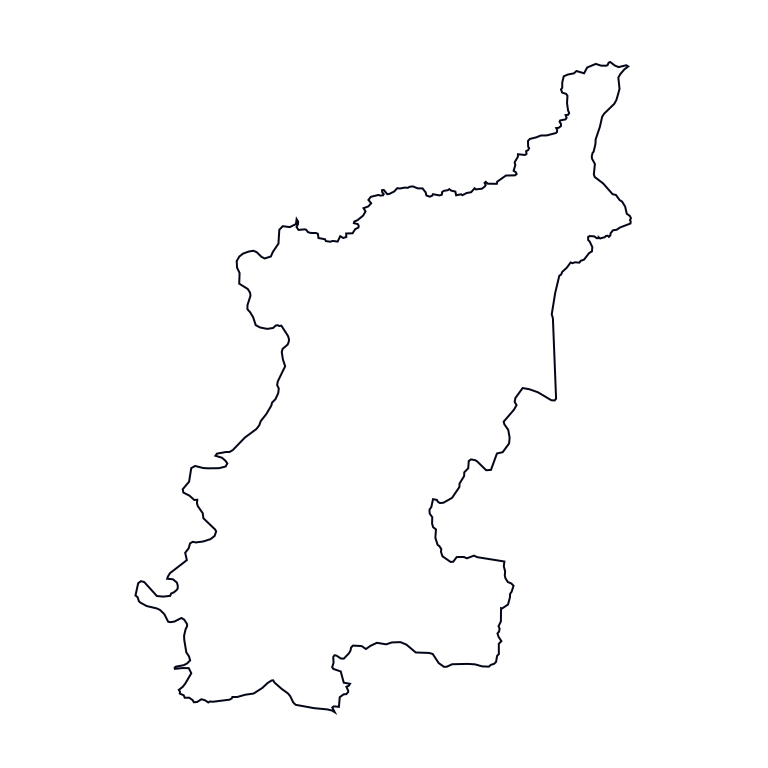 the district of Salemata, Kédougou, Senegal, rotated 272°
{"feature_id": "50182788B75788529380727", "entity_name": "Salemata", "entity_type": "district", "adm_level": 2, "iso_a3": "SEN", "parent_name": "Senegal", "parent_adm1": "Kédougou", "projection": "robinson", "projection_center": [-12.812, 12.604], "detail": "fine", "context": "isolated", "style": "outline", "palette": "ink", "viewbox_px": 768, "rotation_deg": 272, "n_neighbors": 0, "source": "geoboundaries", "source_scale": "gbopen_adm2", "svg_char_len": 6106}
<svg xmlns="http://www.w3.org/2000/svg" viewBox="0 0 768 768"><g transform="rotate(272 384 384)"><path d="M71.1,189.6L69.6,190.8L67.5,190.7L65.9,194.7L63.5,195.8L63.7,200.2L61.5,203.7L59.3,205.1L59.7,208.3L62.6,212.6L61.6,216.3L59.6,219.5L60.6,221.0L60.5,224.2L63.1,240.5L64.3,242.7L65.9,243.4L66.1,248.3L68.6,256.1L70.1,264.5L76.0,273.0L81.2,278.2L83.8,282.1L84.0,283.5L81.7,285.1L75.7,292.4L71.5,298.7L68.9,301.1L62.6,304.4L60.3,306.9L57.6,325.5L56.8,338.9L55.8,343.6L54.3,346.2L58.9,343.6L60.1,345.1L59.8,350.2L69.5,350.7L72.5,354.6L72.7,357.1L74.8,358.9L76.0,359.0L80.1,357.0L81.1,359.3L83.2,360.5L84.1,354.2L95.2,350.8L97.5,343.3L99.2,342.1L103.6,343.3L109.4,342.8L111.2,344.0L110.9,346.0L108.2,350.4L108.1,353.4L113.7,358.4L116.3,359.8L119.5,360.3L121.5,362.2L121.3,370.8L118.5,375.2L121.8,379.5L125.1,385.9L123.9,395.2L126.0,400.9L126.6,409.4L124.4,415.4L116.8,425.1L116.8,438.4L115.9,442.1L107.0,448.4L103.4,453.9L103.7,456.8L106.3,461.8L107.2,477.4L107.0,484.7L105.2,492.1L105.2,498.7L107.0,500.5L108.2,503.8L110.2,505.7L116.2,506.5L118.1,508.2L128.4,507.8L131.1,510.3L135.4,507.3L138.7,506.1L140.6,507.6L143.5,508.1L145.9,506.9L150.8,509.1L164.1,508.8L163.8,509.9L167.9,515.6L175.1,517.3L178.8,517.4L180.8,518.8L186.9,520.5L189.1,518.2L190.4,514.7L194.0,512.2L196.8,511.4L200.9,511.6L206.0,510.1L210.8,510.5L214.2,483.2L215.6,479.9L212.7,472.9L213.9,469.9L213.6,462.7L208.8,459.4L208.5,456.8L209.7,454.9L213.9,448.4L218.3,446.8L221.1,447.0L224.0,444.9L225.1,443.2L232.1,440.7L240.5,441.0L242.6,438.1L246.2,436.9L252.5,436.9L256.1,434.2L259.9,433.8L262.7,435.6L270.6,437.0L270.0,440.9L268.2,441.9L267.0,444.0L267.4,447.5L272.6,456.0L283.6,462.9L287.2,463.0L294.8,467.3L298.5,467.3L302.7,471.1L310.0,471.4L311.7,473.6L311.0,477.9L309.9,479.8L301.4,489.1L301.9,493.9L318.5,499.3L320.0,505.0L329.0,511.1L334.8,511.4L342.4,509.8L347.9,505.7L350.5,504.9L362.9,514.8L367.5,517.2L370.7,515.2L374.6,515.8L384.8,522.7L383.8,529.6L381.1,538.1L373.6,551.8L373.5,555.1L375.3,556.5L455.6,550.5L459.5,549.2L480.9,551.9L498.3,555.4L499.6,557.2L502.4,558.3L506.6,562.6L512.0,566.3L511.3,568.0L512.3,570.6L512.1,575.0L514.0,576.3L515.2,579.5L522.0,584.4L523.8,587.2L528.1,587.4L533.5,584.6L535.1,583.0L538.2,582.9L539.0,584.4L538.9,588.9L537.1,591.6L537.3,593.6L538.1,593.5L537.0,595.0L538.4,599.4L539.7,600.7L540.0,602.4L538.9,603.6L540.4,605.0L542.6,605.2L545.6,607.5L546.3,611.2L548.6,614.3L553.0,624.7L555.0,624.9L556.4,624.1L558.3,625.0L560.5,623.9L562.6,620.7L569.7,618.8L574.6,615.6L576.0,613.1L581.0,609.2L581.7,605.8L592.1,596.0L598.2,587.4L600.8,586.4L611.2,587.1L616.5,584.0L618.8,583.7L622.3,584.4L623.5,585.4L631.0,586.9L635.9,587.0L648.6,590.8L658.7,592.7L661.9,594.6L672.1,604.4L676.1,606.4L687.1,609.1L698.4,607.5L701.9,609.3L706.7,613.1L709.9,617.0L711.0,615.0L708.9,607.4L710.3,603.6L713.7,598.8L713.0,597.3L710.5,596.3L709.9,595.1L709.7,590.0L711.3,584.5L707.4,576.0L701.5,573.1L703.5,565.4L701.1,563.0L699.7,557.0L697.8,552.9L691.6,551.6L686.2,551.8L684.6,550.6L681.4,551.9L680.3,555.9L678.4,557.3L671.2,557.1L663.8,558.4L661.3,559.6L659.5,558.7L659.1,556.1L656.5,557.2L654.8,556.2L653.5,550.8L652.3,550.3L650.0,551.8L647.9,551.8L646.1,549.6L645.8,547.2L643.9,548.2L641.7,548.0L640.8,547.0L638.1,537.9L637.8,532.0L635.9,527.8L634.0,521.2L631.9,519.4L626.1,519.8L624.8,520.8L622.9,520.0L621.6,517.9L619.0,518.4L617.8,516.9L618.3,509.9L615.6,509.8L610.1,506.8L607.5,507.6L601.6,506.1L600.2,508.4L598.4,509.2L597.1,507.6L596.6,498.6L590.2,490.1L588.0,489.8L587.8,480.8L589.6,478.6L588.5,477.5L586.4,478.7L585.1,478.0L582.6,475.1L581.7,469.0L582.8,467.7L578.7,464.4L577.8,460.0L575.4,455.7L576.3,454.5L575.1,449.5L578.8,448.6L579.6,444.4L581.0,442.5L579.9,440.9L579.1,437.0L577.8,435.4L575.2,435.2L574.4,432.9L575.4,426.3L573.9,425.6L572.8,423.2L573.9,419.8L577.0,418.9L580.8,415.7L580.7,410.9L582.5,405.8L581.9,402.5L580.9,401.1L581.0,397.9L579.9,393.0L580.2,390.5L576.7,387.4L574.2,382.8L573.8,380.7L577.9,377.0L577.7,375.3L575.6,375.5L573.7,377.1L572.5,376.4L572.2,373.8L572.7,371.7L570.6,364.3L567.4,362.0L564.2,364.9L560.9,362.1L559.0,357.4L555.8,359.5L551.6,357.3L546.8,351.8L545.4,348.7L543.7,348.3L542.9,352.2L541.2,353.2L539.5,353.0L537.7,349.8L533.5,347.3L533.1,340.9L529.6,341.2L528.5,338.1L530.2,335.1L524.7,332.7L525.2,327.7L524.3,325.4L524.8,320.9L526.6,320.0L527.6,313.4L531.8,312.7L532.5,310.8L532.4,305.2L533.2,302.6L535.4,300.9L535.8,299.4L535.0,293.2L537.9,291.1L540.8,292.5L543.3,292.5L545.7,290.9L540.7,290.4L537.5,284.3L538.2,277.3L534.5,274.0L520.6,273.6L512.1,268.3L507.5,266.5L505.3,260.4L506.8,257.1L511.3,252.2L512.6,248.8L511.7,244.3L509.4,238.6L506.4,235.0L501.7,232.5L495.1,233.1L489.9,235.8L479.2,235.8L474.2,244.5L470.7,246.9L467.6,247.5L458.1,244.8L454.0,244.9L450.8,247.9L445.9,251.0L438.4,253.7L436.2,258.1L435.0,265.3L436.1,271.2L438.6,273.7L439.1,275.5L438.3,277.3L438.7,279.4L428.6,286.4L425.4,287.5L422.7,287.3L420.0,286.3L415.5,281.4L412.4,280.7L405.0,282.1L398.3,284.6L383.0,277.8L379.3,277.2L375.8,279.0L371.1,278.6L365.0,276.0L361.5,272.8L358.4,272.1L349.8,267.4L342.6,262.1L338.4,260.8L334.6,258.1L325.7,246.9L312.8,235.3L310.7,232.1L310.5,228.4L308.6,219.5L306.4,218.0L304.7,224.5L301.8,228.2L299.2,230.2L296.0,228.6L294.1,222.0L293.6,211.4L293.7,206.3L295.5,198.1L293.2,194.3L279.5,192.6L271.8,186.5L268.5,187.3L265.6,193.5L261.5,198.4L261.8,201.4L258.2,201.2L255.4,202.2L248.6,207.3L243.5,208.2L232.6,220.4L230.8,221.4L226.2,220.0L222.9,216.0L220.3,208.8L219.1,201.5L219.6,198.3L217.9,195.7L212.9,194.5L208.4,191.2L201.1,193.1L187.5,176.7L183.9,174.7L181.8,174.1L181.5,179.8L178.4,183.9L175.4,184.9L172.5,185.0L170.8,183.9L168.4,181.2L167.2,178.6L164.8,177.7L163.8,170.6L164.2,164.4L177.6,151.4L178.5,148.1L176.4,145.3L164.0,143.0L162.3,145.2L158.4,146.6L157.0,148.2L153.8,154.6L151.8,164.7L150.4,168.0L146.3,172.5L138.9,176.6L138.5,178.6L139.2,182.7L143.1,189.7L141.5,192.6L137.1,195.6L134.8,195.6L132.1,194.3L125.6,193.0L121.3,193.3L108.9,195.8L105.0,198.6L101.0,199.9L97.8,196.9L96.0,193.7L94.2,185.7L93.0,184.6L92.0,185.0L93.1,192.5L93.2,198.8L88.2,201.5L77.6,195.8L74.4,193.5L71.1,189.6Z" fill="none" stroke="#020617" stroke-width="2"/></g></svg>